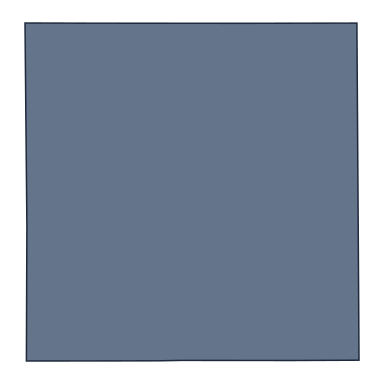 Kingfisher, Oklahoma, United States of America
{"feature_id": "52423323B31059219556593", "entity_name": "Kingfisher", "entity_type": "district", "adm_level": 2, "iso_a3": "USA", "parent_name": "United States of America", "parent_adm1": "Oklahoma", "projection": "albers", "projection_center": [-97.987, 35.945], "detail": "fine", "context": "isolated", "style": "filled", "palette": "slate", "viewbox_px": 384, "rotation_deg": 0, "n_neighbors": 0, "source": "geoboundaries", "source_scale": "gbopen_adm2", "svg_char_len": 290}
<svg xmlns="http://www.w3.org/2000/svg" viewBox="0 0 384 384"><path d="M26.4,361.0L114.5,360.9L158.9,360.8L181.2,360.4L292.5,360.5L359.0,360.2L358.4,256.4L356.9,23.1L246.4,23.3L91.2,23.2L25.0,23.0L26.9,227.7L26.7,271.9L26.4,361.0Z" fill="#64748b" stroke="#1e293b" stroke-width="1.5"/></svg>